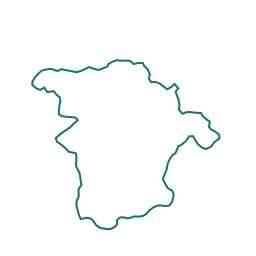 the district of Goianá, Minas Gerais, Brazil, rotated 246°
{"feature_id": "56859067B11072969012778", "entity_name": "Goianá", "entity_type": "district", "adm_level": 2, "iso_a3": "BRA", "parent_name": "Brazil", "parent_adm1": "Minas Gerais", "projection": "albers", "projection_center": [-43.187, -21.563], "detail": "fine", "context": "isolated", "style": "outline", "palette": "teal", "viewbox_px": 256, "rotation_deg": 246, "n_neighbors": 0, "source": "geoboundaries", "source_scale": "gbopen_adm2", "svg_char_len": 1888}
<svg xmlns="http://www.w3.org/2000/svg" viewBox="0 0 256 256"><g transform="rotate(246 128 128)"><path d="M143.8,190.1L149.2,188.4L147.8,183.9L147.4,179.7L151.1,177.4L155.7,175.1L159.1,171.6L160.3,168.0L164.2,167.0L168.2,169.8L174.1,169.8L177.6,168.1L181.1,168.0L183.3,164.0L184.0,159.3L188.6,157.1L190.7,153.1L192.2,149.0L194.5,145.4L194.9,141.0L194.5,136.6L192.5,134.0L192.7,129.7L193.0,124.7L196.1,120.8L199.2,117.7L199.4,114.1L199.2,109.8L199.7,104.1L203.3,98.8L206.0,95.0L208.6,91.5L208.8,86.6L211.3,84.0L213.4,81.5L214.5,77.9L215.5,73.7L214.7,69.9L213.2,65.9L211.6,62.9L209.4,59.6L206.2,58.1L201.6,60.3L198.5,63.3L199.0,67.9L193.6,69.0L191.9,75.1L187.2,76.3L183.7,78.1L180.1,77.2L176.2,74.3L172.1,72.1L168.8,70.4L165.6,72.6L163.1,76.5L160.8,81.1L158.7,84.4L155.6,85.3L154.2,80.5L152.2,75.5L151.4,71.3L150.8,67.5L149.7,62.9L148.2,57.8L144.3,57.6L140.1,60.2L134.8,62.7L130.1,64.4L128.1,67.5L125.9,70.1L121.9,68.8L118.2,67.0L114.8,65.1L111.5,65.1L106.9,65.5L102.5,64.4L99.2,63.3L94.6,62.2L92.8,58.3L88.9,56.5L85.3,55.0L83.2,52.3L80.5,50.3L77.1,49.2L72.8,48.5L67.9,47.7L64.0,47.9L62.8,53.9L60.2,57.4L55.8,58.7L51.6,59.6L47.7,62.3L45.1,66.3L43.0,70.3L42.9,75.2L44.3,78.7L48.3,80.6L49.5,84.4L47.9,88.1L45.6,90.8L44.9,94.1L44.7,97.6L43.0,101.2L41.6,105.3L42.0,109.5L44.1,113.9L45.1,118.5L45.1,123.8L43.5,127.3L41.2,130.9L40.5,134.4L42.4,138.0L46.1,141.0L49.0,142.8L52.8,142.8L56.9,139.9L62.2,139.3L67.1,139.0L70.8,142.6L74.2,146.3L79.3,149.8L82.6,153.5L85.0,157.2L85.8,161.2L88.1,163.7L90.8,166.5L91.1,170.7L92.7,176.0L95.5,180.7L93.9,184.2L89.7,184.4L84.8,185.3L80.2,187.5L77.0,190.8L77.3,196.5L79.7,200.7L81.4,207.5L85.4,208.3L89.9,205.7L92.8,203.3L95.9,202.4L100.6,205.3L104.2,203.1L108.0,201.2L112.0,200.7L114.3,196.2L117.4,191.0L118.7,187.9L118.9,183.5L123.9,182.0L128.9,184.7L133.8,185.7L137.9,185.9L141.9,186.3L143.8,190.1Z" fill="none" stroke="#0f766e" stroke-width="2"/></g></svg>